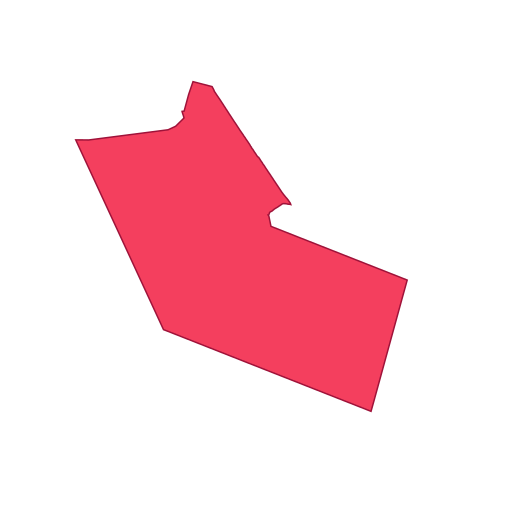 Enkhuizen, Noord-Holland, Netherlands, rotated 149°
{"feature_id": "6326949B87698355372902", "entity_name": "Enkhuizen", "entity_type": "district", "adm_level": 2, "iso_a3": "NLD", "parent_name": "Netherlands", "parent_adm1": "Noord-Holland", "projection": "orthographic", "projection_center": [5.262, 52.758], "detail": "fine", "context": "isolated", "style": "filled", "palette": "rose", "viewbox_px": 512, "rotation_deg": 149, "n_neighbors": 0, "source": "geoboundaries", "source_scale": "gbopen_adm2", "svg_char_len": 4681}
<svg xmlns="http://www.w3.org/2000/svg" viewBox="0 0 512 512"><g transform="rotate(149 256 256)"><path d="M373.2,240.5L371.7,238.6L317.4,167.8L306.1,153.1L237.4,63.6L229.8,70.8L150.7,146.2L143.1,153.4L138.8,157.5L227.9,273.7L225.1,281.7L224.4,283.6L224.5,284.2L224.5,284.9L224.3,284.8L224.3,284.7L224.2,284.7L223.9,284.7L223.8,284.8L223.7,284.8L223.4,285.0L223.2,285.2L223.0,285.4L222.8,285.5L222.7,285.6L222.5,285.8L222.3,285.9L222.2,286.1L221.9,286.3L221.7,286.4L221.3,286.4L221.2,286.4L220.9,286.4L220.7,286.4L220.4,286.4L220.2,286.4L219.9,286.3L219.7,286.3L219.3,286.3L219.2,286.3L218.9,286.3L218.7,286.3L218.4,286.4L218.2,286.4L218.0,286.5L217.7,286.5L217.3,286.6L217.0,286.6L216.9,286.7L216.5,286.7L216.4,286.7L216.0,286.8L215.8,286.8L215.6,286.8L215.3,286.8L215.0,286.8L214.4,286.8L214.0,286.8L213.7,286.8L213.3,286.8L212.9,286.8L212.4,286.8L212.2,286.8L211.7,286.8L211.0,286.9L210.7,286.9L210.3,286.9L210.0,286.9L209.6,286.9L209.4,286.9L209.0,287.0L208.6,287.0L208.2,287.0L207.7,287.0L207.2,287.1L206.9,287.1L206.7,287.1L206.4,287.1L206.1,287.0L205.8,286.9L205.7,286.9L205.5,286.7L205.3,286.6L205.0,286.5L204.9,286.4L204.6,286.2L204.4,286.1L204.2,286.0L204.2,285.9L203.7,285.6L203.3,285.2L203.0,285.0L202.6,284.7L202.3,284.3L202.1,284.2L201.8,283.9L201.6,283.8L201.5,283.7L201.3,283.5L201.1,283.4L200.9,283.2L200.6,283.1L200.3,282.8L200.2,282.7L199.9,282.5L199.8,282.3L199.7,282.2L199.4,283.7L199.4,283.8L199.4,284.4L199.5,284.9L199.5,285.2L199.5,285.6L199.6,286.9L199.6,287.3L199.6,287.7L199.7,288.0L199.8,288.7L199.8,289.0L199.9,289.6L200.0,290.0L200.1,290.5L200.2,291.1L200.3,291.7L200.4,292.4L200.4,292.7L200.5,293.0L200.5,293.3L200.6,293.9L200.7,294.5L200.8,295.3L200.8,295.9L200.9,296.5L201.0,297.1L201.0,298.1L201.0,298.6L201.1,299.1L201.1,299.6L201.1,300.2L201.1,300.7L201.2,301.5L201.2,302.1L201.2,303.0L201.3,303.6L201.3,304.2L201.3,304.8L201.3,305.0L201.4,305.9L201.4,306.8L201.5,307.8L201.5,308.6L201.5,309.3L201.6,309.9L201.6,310.6L201.7,311.9L201.7,312.5L201.7,313.1L201.7,313.8L201.8,314.6L201.8,315.5L201.9,316.2L201.9,317.4L201.9,317.8L201.9,318.1L202.0,318.7L202.0,319.1L202.0,319.7L202.1,320.4L202.1,320.9L202.1,321.4L202.2,321.8L202.2,322.2L202.2,322.7L202.2,323.2L202.2,323.8L202.2,324.0L202.3,324.3L202.3,324.6L202.4,326.7L202.4,327.1L202.4,328.4L202.5,330.1L202.6,330.8L202.7,331.6L202.6,332.4L202.7,334.1L202.8,335.1L202.8,336.4L202.8,336.8L202.9,339.2L203.0,339.4L203.1,339.6L203.4,340.2L203.5,340.5L203.6,342.2L203.6,343.7L203.7,345.0L203.7,345.3L203.8,345.4L203.8,345.6L203.8,345.8L203.8,346.0L203.8,346.3L203.8,346.5L203.8,346.8L203.8,347.0L203.8,347.3L203.8,347.5L203.8,347.8L203.8,348.0L203.8,348.4L203.8,348.7L203.8,348.8L203.8,349.0L203.9,349.4L203.9,349.5L204.0,349.8L204.0,350.0L204.1,350.3L204.1,350.5L204.1,350.8L204.0,351.1L204.0,351.3L203.9,351.4L203.9,351.5L203.9,351.8L204.0,352.0L204.0,352.4L204.1,352.6L204.1,352.8L204.1,353.0L204.1,353.3L204.0,353.6L204.0,353.9L204.0,354.0L204.0,354.3L204.0,354.5L204.0,354.8L204.0,355.0L204.0,355.4L204.0,355.7L204.1,355.9L204.1,356.1L204.1,356.3L204.1,356.5L204.1,356.9L204.1,357.1L204.1,357.4L204.1,357.6L204.2,358.4L204.2,358.6L204.2,359.2L204.3,359.7L204.3,359.9L204.3,360.1L204.3,360.5L204.3,360.8L204.4,361.0L204.4,361.3L204.4,361.6L204.4,361.8L204.4,362.0L204.4,362.3L204.4,362.5L204.4,362.8L204.4,363.0L204.4,363.4L204.5,363.6L204.5,363.9L204.5,364.1L204.5,364.3L204.6,364.5L204.6,364.9L204.6,365.3L204.6,365.5L204.6,365.9L204.6,366.1L204.6,366.3L204.6,366.5L204.6,366.9L204.6,367.1L204.7,367.4L204.7,367.7L204.7,367.9L204.7,368.1L204.7,368.3L204.7,368.5L204.8,368.7L204.8,368.9L204.8,369.2L204.8,369.4L204.8,369.6L204.8,369.8L204.8,370.0L204.9,370.3L204.9,370.5L204.9,370.9L204.9,371.1L204.9,371.4L205.0,371.6L205.0,371.9L205.0,372.0L205.0,372.7L205.3,380.8L205.4,381.6L205.7,390.3L205.7,390.6L205.8,390.8L205.8,391.0L205.8,391.3L205.8,391.5L205.8,391.8L205.8,392.0L205.8,392.4L205.8,392.5L205.8,393.0L205.8,393.4L205.8,393.6L205.8,393.9L205.9,394.2L205.9,394.4L205.9,394.5L205.9,394.9L205.9,395.0L205.9,395.3L205.9,395.6L205.9,396.4L205.9,396.5L206.0,396.8L206.0,397.0L206.0,397.3L206.0,397.7L206.0,397.9L206.0,398.3L206.0,398.6L206.0,398.8L206.0,399.0L206.0,399.3L206.0,399.5L206.0,399.8L206.1,400.1L206.1,401.3L206.1,401.7L206.1,402.4L206.2,404.5L206.3,407.4L206.3,407.6L206.7,414.2L206.7,414.5L206.9,418.9L206.7,419.3L206.6,420.1L206.6,420.4L206.5,421.4L206.5,421.6L206.5,421.8L206.5,422.0L206.4,423.8L220.2,437.9L230.6,429.1L243.0,417.2L244.9,418.1L245.0,417.9L245.3,416.6L245.5,415.9L246.0,413.6L246.4,412.2L246.6,411.4L258.1,408.6L266.4,409.5L339.6,441.6L347.1,446.2L350.7,448.4L351.0,445.8L362.2,341.8L373.2,240.5Z" fill="#f43f5e" stroke="#9f1239" stroke-width="1.5"/></g></svg>